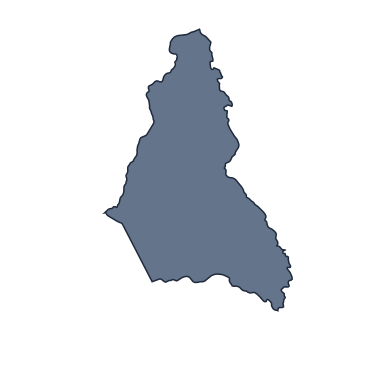 the Province of Neuquén, rotated 152°
{"feature_id": "ARG-1276", "entity_name": "Neuquén", "entity_type": "Province", "adm_level": 1, "iso_a3": "ARG", "parent_name": "Argentina", "parent_adm1": "", "projection": "equal_earth", "projection_center": [-70.544, -38.612], "detail": "fine", "context": "isolated", "style": "filled", "palette": "slate", "viewbox_px": 384, "rotation_deg": 152, "n_neighbors": 0, "source": "natural_earth", "source_scale": "10m", "svg_char_len": 6040}
<svg xmlns="http://www.w3.org/2000/svg" viewBox="0 0 384 384"><g transform="rotate(152 192 192)"><path d="M168.8,48.9L170.1,48.9L171.0,48.3L171.7,47.3L171.9,46.9L172.2,47.3L173.9,48.7L174.6,49.4L174.7,49.8L175.2,51.1L175.2,51.8L175.2,53.5L175.0,54.6L174.9,54.9L174.3,55.5L174.2,55.9L174.1,56.4L174.1,57.4L174.3,58.6L174.8,60.1L175.3,61.0L175.7,61.5L176.2,61.7L176.5,61.8L177.0,61.5L177.5,60.8L177.8,60.6L178.3,60.5L179.1,60.9L179.6,61.4L180.0,62.1L181.0,66.2L181.1,67.1L182.4,70.9L183.4,73.0L183.9,73.8L184.6,74.3L188.2,75.6L189.8,77.4L190.4,78.8L190.6,79.1L191.7,79.7L193.2,81.2L193.7,82.0L194.1,83.2L194.7,85.5L195.0,86.0L195.4,86.5L197.1,88.1L198.5,88.8L199.2,89.2L199.9,89.5L200.6,90.5L200.7,93.0L201.0,93.8L200.8,94.4L200.8,95.6L200.7,96.2L200.4,96.8L199.6,97.8L199.4,98.4L199.7,99.3L202.9,103.7L204.5,105.2L208.0,107.6L209.9,108.4L212.2,108.9L214.5,109.0L222.4,107.4L224.3,107.6L227.1,109.0L229.0,109.4L231.1,110.3L231.9,110.8L233.2,112.5L234.1,117.1L234.9,118.9L236.5,120.1L238.7,120.8L241.0,121.1L246.7,120.6L247.6,121.0L249.3,123.1L250.2,123.8L252.1,123.8L252.6,124.0L253.6,124.5L254.0,124.6L257.0,124.7L257.8,125.0L258.5,125.8L259.8,128.8L260.6,129.9L261.3,130.4L269.3,131.5L268.5,196.2L268.7,197.5L269.6,198.4L271.7,201.1L277.3,210.4L277.8,211.8L277.9,212.9L277.8,213.7L278.1,214.3L279.0,214.6L274.2,215.9L272.8,215.9L270.7,215.2L269.9,215.1L269.2,215.3L268.6,215.7L268.0,215.8L266.7,215.1L265.8,213.9L265.3,213.8L263.4,215.6L262.6,215.8L261.2,216.7L258.3,220.3L256.8,221.1L255.4,221.5L254.0,222.3L252.6,223.6L251.5,225.2L250.1,227.7L249.6,228.5L248.9,229.2L248.1,229.7L246.2,230.6L245.3,232.1L244.0,233.1L243.5,234.0L242.8,236.9L242.3,237.8L240.0,239.3L239.5,239.8L239.2,240.1L237.5,243.3L236.6,244.5L234.1,245.7L232.7,246.6L231.4,246.7L230.1,246.7L229.6,246.8L229.0,247.2L226.8,248.8L225.6,249.3L224.1,250.1L223.2,250.8L222.5,251.8L221.5,253.3L221.4,253.6L221.2,254.3L218.8,257.7L218.0,258.5L216.3,259.8L213.2,263.1L212.1,263.8L211.0,264.0L207.0,263.6L205.6,263.7L204.9,263.9L194.2,270.3L193.2,271.1L192.5,272.0L192.2,272.5L192.2,274.0L192.0,274.6L191.4,276.0L191.1,277.2L190.8,280.6L190.2,283.1L190.3,284.9L190.2,285.5L189.9,286.5L188.9,288.2L187.3,292.6L187.1,293.9L187.1,296.9L187.0,298.4L186.5,299.6L186.1,300.0L185.5,300.4L184.5,300.9L183.1,300.9L182.8,301.0L182.3,301.7L181.8,304.1L181.3,305.1L180.2,305.8L176.4,305.7L172.9,306.8L171.2,306.8L169.7,305.7L169.0,304.7L168.1,304.0L167.2,303.6L166.1,303.8L165.4,304.3L163.6,306.3L162.4,307.3L160.8,308.1L159.2,308.5L157.8,308.4L157.1,308.1L155.8,307.8L155.1,307.8L154.3,308.1L153.2,309.0L152.6,309.3L152.6,309.5L151.6,309.6L150.3,309.9L148.1,311.0L147.2,311.8L146.9,312.3L146.6,312.9L146.2,314.6L145.6,315.1L144.1,315.5L143.4,315.9L142.7,317.2L141.7,318.1L141.4,318.5L141.2,319.0L141.1,319.5L141.2,320.6L141.7,321.5L142.5,322.1L143.4,322.6L144.1,323.2L144.8,324.1L145.4,325.1L145.7,326.3L145.5,327.6L145.0,328.6L144.4,329.5L141.7,332.7L141.1,333.9L140.9,334.2L140.4,334.6L138.7,335.6L137.5,336.3L135.0,337.0L133.9,337.1L131.2,336.8L122.7,333.5L121.2,333.3L117.8,333.4L114.9,332.7L109.0,332.2L109.0,331.6L109.7,329.2L109.6,328.1L109.3,326.7L108.8,325.7L107.0,323.1L106.6,321.8L105.0,315.6L105.3,315.0L108.6,311.4L109.5,309.6L109.7,307.5L109.5,307.0L109.1,306.4L109.0,305.8L109.2,305.4L110.0,303.9L111.5,298.7L111.9,298.0L112.4,297.8L114.2,298.4L114.8,298.4L115.3,297.9L117.0,293.7L117.2,292.8L117.2,291.6L117.0,291.1L116.6,290.8L116.1,290.4L115.8,290.4L115.2,290.6L115.0,290.8L114.9,291.1L114.7,291.3L114.2,291.2L113.9,290.9L112.9,289.5L111.6,288.1L110.9,287.2L110.6,286.2L110.7,285.8L111.1,284.8L110.9,284.2L110.9,283.6L111.2,281.8L111.5,280.8L111.0,279.9L111.0,279.5L111.6,278.7L113.1,278.5L115.0,279.5L116.7,279.8L117.3,277.6L116.7,275.1L116.8,274.6L117.6,273.8L119.3,270.1L119.6,268.9L119.4,268.0L118.8,267.4L117.3,266.0L116.8,265.3L116.6,264.5L116.5,263.2L116.3,261.9L115.4,259.5L115.2,258.3L115.5,257.2L115.9,256.2L116.1,255.2L115.1,253.5L115.0,252.3L115.2,251.0L115.6,250.0L116.3,249.1L116.8,249.1L118.8,251.4L119.5,251.9L120.2,252.1L121.3,251.8L122.2,251.7L123.0,251.9L123.8,251.8L124.5,251.0L124.8,248.9L122.8,247.0L123.9,245.2L124.6,244.5L125.4,242.9L125.9,242.2L126.3,241.3L125.6,239.5L125.6,238.3L126.3,237.4L127.3,236.8L128.1,236.0L128.5,234.6L128.9,229.8L128.4,221.9L127.6,217.6L127.6,216.0L128.2,212.3L128.9,210.8L130.2,209.5L134.2,207.3L135.4,206.3L136.2,205.1L136.5,204.9L139.8,204.3L140.5,203.9L143.1,201.9L144.5,201.3L146.2,201.3L148.1,201.5L149.0,201.3L149.7,200.6L150.4,199.3L150.6,198.9L152.2,198.1L152.3,197.5L151.8,196.7L151.7,196.3L151.8,195.2L152.2,194.3L153.3,192.7L153.8,191.8L153.9,190.6L153.3,188.5L151.9,187.0L150.2,185.9L148.8,184.5L147.7,182.5L145.8,173.1L145.7,171.3L145.7,169.5L146.2,167.4L145.5,164.8L145.5,163.7L146.1,162.7L146.2,162.4L146.2,161.7L146.1,161.4L144.9,159.7L144.5,158.7L144.2,157.5L143.8,156.3L142.6,154.0L142.3,151.5L140.6,148.1L138.2,140.3L137.9,137.6L138.0,136.4L138.3,135.5L138.8,134.9L139.5,134.2L140.5,133.5L140.8,133.1L140.8,132.4L140.2,131.4L140.1,130.7L140.4,129.6L141.1,127.3L141.2,126.2L141.0,124.8L140.4,123.7L138.9,121.7L137.7,118.9L137.3,117.2L137.2,115.9L137.6,114.8L139.4,112.5L139.9,111.3L139.9,110.1L139.8,109.0L139.8,107.7L140.2,106.5L140.8,105.7L142.4,104.7L140.7,103.2L140.2,102.2L139.7,99.4L139.4,98.8L138.0,97.8L137.1,97.0L137.4,96.9L138.3,97.1L139.2,97.1L140.0,96.5L140.3,95.7L140.1,94.9L138.8,94.0L138.8,93.5L139.2,92.6L139.3,91.6L139.0,91.0L138.6,90.7L137.8,90.2L137.6,89.6L137.6,89.1L138.5,87.6L139.6,84.4L139.8,83.2L139.7,81.0L139.8,80.1L140.5,79.4L141.4,79.5L142.3,80.2L143.1,80.6L143.8,80.1L143.9,79.1L143.2,75.1L143.3,72.9L143.6,70.2L144.4,68.0L145.9,67.6L146.8,67.9L147.6,68.1L148.4,67.9L149.3,67.3L149.8,66.4L150.1,64.1L150.5,63.3L151.3,63.0L152.2,63.3L154.0,64.2L155.0,65.0L159.0,63.9L159.4,63.2L159.4,61.8L159.2,61.1L158.5,59.8L158.4,59.1L158.5,58.6L159.2,57.1L159.3,56.6L159.1,55.6L159.3,55.0L159.7,54.7L160.9,54.2L161.5,53.8L163.2,51.4L164.1,50.8L164.2,50.4L164.4,49.3L164.8,48.1L165.1,47.7L165.7,47.5L166.8,47.7L168.8,48.9Z" fill="#64748b" stroke="#1e293b" stroke-width="1.5"/></g></svg>